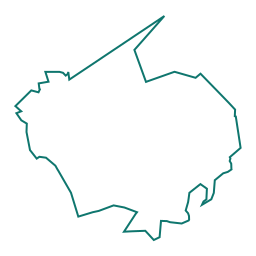 outline of Tepache, Sonora, Mexico
{"feature_id": "50627088B68424224949778", "entity_name": "Tepache", "entity_type": "district", "adm_level": 2, "iso_a3": "MEX", "parent_name": "Mexico", "parent_adm1": "Sonora", "projection": "robinson", "projection_center": [-109.507, 29.486], "detail": "fine", "context": "isolated", "style": "outline", "palette": "teal", "viewbox_px": 256, "rotation_deg": 0, "n_neighbors": 0, "source": "geoboundaries", "source_scale": "gbopen_adm2", "svg_char_len": 1215}
<svg xmlns="http://www.w3.org/2000/svg" viewBox="0 0 256 256"><path d="M38.7,83.4L39.4,88.8L39.9,89.3L38.5,92.3L31.3,90.4L15.4,106.1L21.2,111.3L16.4,113.2L21.3,120.3L26.8,123.6L26.5,132.0L30.0,150.1L36.7,158.6L39.4,156.8L46.0,157.7L55.4,165.7L57.8,170.0L58.0,170.2L71.0,192.8L78.3,216.6L92.8,212.2L98.8,210.9L113.6,205.4L124.4,207.5L137.0,212.2L135.5,214.1L124.0,231.7L131.7,231.3L145.3,230.8L153.8,240.0L159.6,237.2L161.0,220.9L166.9,221.1L170.1,222.2L181.7,223.5L188.6,220.5L189.1,219.7L189.0,216.0L188.1,213.3L185.7,210.5L188.1,202.1L188.6,198.7L189.4,192.8L200.4,184.1L206.9,188.7L206.4,199.4L203.5,201.5L202.0,204.8L211.3,199.3L213.8,192.9L214.8,180.2L223.2,173.3L227.8,171.9L231.5,169.4L231.4,168.9L231.3,166.2L231.3,165.6L231.2,163.6L229.7,161.0L230.4,158.5L229.8,157.2L240.6,147.9L236.1,118.5L235.8,116.5L234.8,116.2L235.1,109.6L231.3,105.5L228.4,102.4L227.8,101.8L215.5,89.1L214.9,88.5L200.5,73.7L200.1,74.0L199.9,74.2L195.6,77.8L175.3,72.0L174.5,71.8L173.6,72.1L147.0,81.5L146.6,81.7L146.0,81.9L134.4,49.9L141.4,42.0L163.8,16.6L164.4,16.0L132.7,37.2L69.3,79.6L68.3,72.0L67.7,74.0L65.7,75.6L63.0,72.8L59.6,71.9L54.5,71.9L45.4,71.9L48.5,81.7L38.7,83.4Z" fill="none" stroke="#0f766e" stroke-width="2"/></svg>